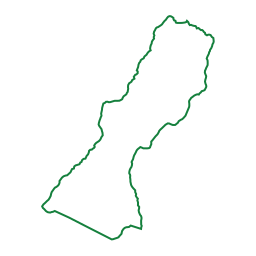 the district of Mirandópolis, São Paulo, Brazil, rotated 179°
{"feature_id": "56859067B1440643639683", "entity_name": "Mirandópolis", "entity_type": "district", "adm_level": 2, "iso_a3": "BRA", "parent_name": "Brazil", "parent_adm1": "São Paulo", "projection": "orthographic", "projection_center": [-51.144, -21.087], "detail": "fine", "context": "isolated", "style": "outline", "palette": "green", "viewbox_px": 256, "rotation_deg": 179, "n_neighbors": 0, "source": "geoboundaries", "source_scale": "gbopen_adm2", "svg_char_len": 4107}
<svg xmlns="http://www.w3.org/2000/svg" viewBox="0 0 256 256"><g transform="rotate(179 128 128)"><path d="M41.1,216.5L42.6,217.6L43.8,219.5L45.0,219.9L46.2,219.9L47.4,219.3L49.0,220.3L49.4,221.9L50.6,222.8L51.2,223.9L52.2,224.7L53.3,224.6L54.5,225.5L55.7,226.7L57.5,226.4L57.9,227.6L58.6,228.7L60.4,229.0L61.8,229.4L63.1,230.0L64.4,229.8L65.3,231.1L65.9,232.8L67.2,234.1L67.8,233.0L69.2,232.5L71.6,232.2L73.5,232.1L75.8,232.2L77.1,232.2L78.3,232.6L78.7,234.4L80.0,234.8L80.6,236.0L80.7,237.3L81.9,238.2L83.3,239.0L84.7,239.1L86.0,238.5L87.2,237.1L88.3,235.5L89.5,234.5L91.0,232.7L92.2,231.0L93.4,230.1L94.7,229.3L96.1,228.4L97.3,228.1L98.4,227.2L99.3,225.3L100.2,223.9L100.7,221.8L100.0,220.1L100.7,218.5L100.4,216.9L101.6,215.5L102.6,213.9L102.9,212.0L103.8,210.3L104.3,208.4L104.5,206.7L104.0,205.2L105.4,204.4L106.6,203.3L107.5,202.1L108.2,200.9L109.5,199.9L110.4,199.1L111.1,197.4L113.0,196.4L114.1,195.5L114.6,194.0L115.6,193.0L116.4,191.1L116.8,188.8L117.6,186.9L118.2,185.4L117.3,184.4L117.4,182.6L118.7,181.4L119.8,181.1L121.3,179.1L120.7,177.2L121.9,176.5L123.1,175.7L123.6,174.4L124.6,173.6L126.0,172.8L127.1,170.9L127.3,168.8L127.1,167.2L127.4,165.9L127.7,164.1L128.5,163.1L129.1,161.7L130.2,160.9L131.8,159.8L132.7,158.4L133.3,156.9L134.9,156.0L136.3,155.4L137.9,155.4L139.2,155.4L141.0,155.4L143.5,154.7L145.3,154.2L146.7,154.1L147.9,154.6L149.5,154.6L150.7,153.5L152.2,152.9L152.9,150.6L153.5,148.5L153.7,146.6L154.6,142.8L154.3,140.7L155.1,139.1L155.7,137.4L156.3,136.0L157.0,133.7L157.3,132.0L156.8,130.7L155.8,129.2L154.5,127.3L154.1,125.4L153.6,123.7L153.4,121.1L154.7,119.4L155.2,118.3L155.9,116.9L157.3,115.4L158.9,114.4L160.0,113.7L161.2,112.5L162.1,111.1L161.6,109.7L162.4,108.6L163.6,107.9L164.6,107.0L166.1,106.9L167.3,105.9L167.6,104.3L168.4,102.3L169.8,100.9L170.5,99.4L171.1,98.1L173.0,97.9L174.5,96.6L175.1,94.8L176.3,94.3L177.2,92.6L179.3,92.0L181.1,91.5L182.4,90.5L182.8,88.4L184.7,87.9L185.5,86.3L186.3,84.7L187.8,83.4L189.6,81.8L191.4,81.5L193.3,80.8L194.9,79.5L196.1,77.9L197.4,76.2L197.4,74.6L197.8,73.4L198.6,72.0L199.6,71.1L200.7,70.3L202.0,69.7L202.9,68.7L204.2,66.9L205.4,65.3L206.0,63.6L206.5,61.4L207.7,59.2L208.7,57.7L210.5,56.2L211.6,55.1L212.8,54.0L213.8,53.2L215.2,51.2L214.5,49.6L213.1,48.3L211.5,46.4L209.9,45.3L208.7,45.0L207.2,44.8L205.9,45.3L204.5,45.5L202.7,46.3L188.4,39.4L173.3,31.3L146.2,16.9L144.8,17.1L142.9,17.7L140.9,18.3L139.4,18.9L138.3,20.3L137.2,21.4L136.3,22.4L136.1,23.6L135.6,25.3L134.2,27.2L133.0,28.2L131.4,28.8L129.8,28.9L128.6,29.1L127.0,30.4L116.7,26.9L116.5,28.4L116.0,29.9L116.5,31.1L116.5,33.4L116.5,35.2L116.1,37.0L116.1,38.5L116.5,39.8L117.5,41.1L118.5,43.6L118.8,45.6L118.3,47.4L118.2,48.9L119.4,50.5L119.3,52.2L119.3,53.5L119.9,55.5L119.4,57.2L120.3,58.2L121.4,60.1L121.0,61.8L121.9,63.7L121.9,65.6L123.0,66.8L123.9,67.8L125.1,69.4L125.9,71.1L126.2,72.8L126.5,74.2L126.5,75.8L126.6,77.1L126.8,78.6L126.6,80.2L126.8,81.4L127.5,82.5L127.5,83.8L127.2,85.2L126.8,86.5L126.1,87.8L125.3,88.9L124.7,90.7L124.5,92.5L125.0,93.9L124.4,95.1L123.5,96.7L122.8,99.3L122.2,100.8L121.5,101.9L120.5,103.8L119.8,105.3L119.0,106.3L118.1,107.1L117.1,107.8L116.0,108.7L114.9,108.3L113.0,107.4L111.2,107.4L109.4,107.3L107.4,107.5L106.3,108.2L105.9,109.5L105.0,111.4L105.0,114.0L103.7,115.4L100.7,119.1L98.6,121.2L97.4,123.2L96.8,124.6L95.5,126.0L94.3,127.0L92.7,128.5L91.4,129.7L90.5,130.6L89.4,131.2L88.2,131.9L86.8,131.8L85.3,131.1L83.4,130.3L82.0,130.2L80.6,130.3L79.7,131.1L78.0,132.4L77.2,133.9L75.2,135.2L73.6,135.9L72.2,137.2L71.3,138.2L70.3,139.3L66.5,148.0L66.3,149.3L66.3,151.5L66.5,153.2L66.2,154.4L65.4,155.4L64.3,157.0L62.6,158.2L61.3,159.2L59.7,160.0L58.1,160.5L56.6,160.2L55.9,161.3L54.6,162.3L53.7,163.5L52.3,163.9L50.8,164.5L49.7,166.4L49.0,167.9L49.1,169.4L49.7,170.8L50.2,173.0L49.8,175.0L49.2,176.8L48.9,178.5L49.5,180.0L50.2,182.0L50.0,183.9L49.3,185.3L48.8,186.6L47.9,188.3L47.3,189.5L47.2,191.2L47.2,192.9L47.3,194.4L48.1,196.0L47.4,197.9L46.4,199.8L45.8,201.0L45.6,202.3L44.8,203.4L44.5,204.9L43.5,206.1L42.5,208.3L42.1,210.1L41.1,211.8L40.8,213.1L40.9,214.5L41.1,216.5Z" fill="none" stroke="#15803d" stroke-width="2"/></g></svg>